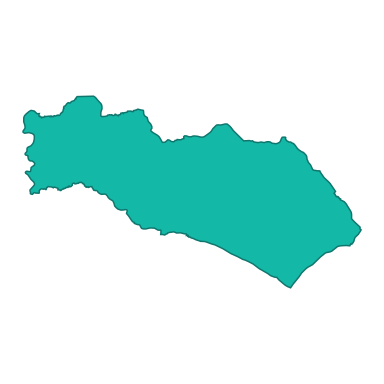 the district of Chom Phra, Surin, Thailand
{"feature_id": "78962969B42359071454830", "entity_name": "Chom Phra", "entity_type": "district", "adm_level": 2, "iso_a3": "THA", "parent_name": "Thailand", "parent_adm1": "Surin", "projection": "albers", "projection_center": [103.521, 15.133], "detail": "fine", "context": "isolated", "style": "filled", "palette": "teal", "viewbox_px": 384, "rotation_deg": 0, "n_neighbors": 0, "source": "geoboundaries", "source_scale": "gbopen_adm2", "svg_char_len": 5911}
<svg xmlns="http://www.w3.org/2000/svg" viewBox="0 0 384 384"><path d="M319.8,170.9L317.4,170.8L313.7,170.2L312.7,169.6L310.6,165.0L308.2,162.2L307.8,160.8L307.1,159.6L306.7,156.5L305.9,155.0L303.5,152.5L301.4,151.6L298.5,149.6L297.1,148.1L295.0,145.1L293.8,144.1L293.7,143.6L292.0,143.0L290.8,142.1L290.1,142.0L288.8,142.1L287.9,141.3L287.2,141.2L286.5,140.2L285.7,139.6L285.5,138.4L285.8,137.9L285.5,137.3L284.0,137.1L282.2,137.3L281.5,138.4L280.3,141.4L279.3,142.5L277.1,143.5L275.7,143.7L272.0,143.2L270.2,142.0L268.5,141.7L266.8,141.8L264.1,142.6L261.1,142.0L258.1,142.6L254.0,142.0L252.5,140.8L250.9,141.1L249.8,140.6L247.5,140.6L247.0,140.8L245.1,140.7L243.8,141.0L233.3,130.6L231.2,127.7L229.7,126.1L227.1,124.0L225.0,124.0L221.0,125.0L217.8,124.9L216.5,125.1L213.0,128.5L211.1,131.5L209.7,132.8L205.1,136.1L203.3,137.1L200.7,137.1L197.7,136.3L194.6,136.0L193.3,136.0L191.1,136.8L189.0,136.8L186.3,135.9L184.5,135.9L183.7,136.7L183.9,138.6L182.1,139.0L181.3,139.6L180.3,139.8L177.1,139.5L176.7,140.3L175.1,140.4L174.4,141.4L173.0,141.8L171.1,141.4L169.5,140.2L167.9,139.8L165.1,142.2L162.7,142.4L162.0,141.9L161.3,140.4L159.3,137.0L157.5,135.3L152.6,132.4L150.8,130.7L150.9,129.7L151.9,128.3L151.8,126.4L150.6,123.9L148.6,121.8L148.0,120.7L147.2,117.5L145.0,116.2L143.8,114.4L143.5,110.8L143.0,110.2L141.5,110.1L138.0,109.2L137.4,109.3L136.0,110.2L135.2,110.1L134.8,110.5L133.5,110.6L133.2,111.6L131.6,111.5L130.9,111.0L130.0,111.3L129.4,111.1L127.5,111.2L127.4,111.4L127.5,111.9L126.8,112.3L123.8,112.8L123.3,113.5L122.6,112.8L120.7,113.3L120.5,114.5L118.9,114.8L118.3,115.8L117.8,115.6L117.3,115.1L116.1,115.0L115.9,114.4L115.3,114.2L115.0,114.3L114.7,115.1L113.2,115.6L112.2,115.3L112.0,114.8L111.6,114.7L110.7,115.0L109.3,114.7L108.9,115.0L107.6,115.2L107.3,115.8L106.6,116.1L104.3,116.5L101.5,116.5L100.8,115.7L100.8,114.8L100.9,112.1L102.0,108.7L101.9,106.1L101.5,104.6L100.9,103.6L97.6,100.1L95.5,97.5L93.6,96.2L77.1,96.6L75.8,98.3L76.1,98.6L76.0,98.9L75.3,99.0L74.2,100.6L71.3,101.6L70.5,102.7L69.5,103.2L68.8,102.7L68.0,102.8L66.5,104.1L65.4,105.8L64.1,106.3L63.6,107.5L63.9,108.5L63.5,108.7L62.8,111.7L62.1,112.5L61.6,112.5L61.3,113.1L60.5,113.6L60.3,114.6L59.5,115.4L58.8,115.4L58.1,115.0L57.7,115.5L57.0,115.3L55.5,116.1L54.5,115.7L54.2,116.0L53.3,116.0L53.1,116.3L53.2,116.6L52.9,116.7L52.1,116.5L51.2,116.6L51.0,116.0L50.1,116.6L50.0,116.2L49.6,116.3L49.1,116.1L46.1,116.5L45.5,116.4L45.0,116.7L44.7,116.4L44.4,116.9L44.1,116.8L43.6,117.3L42.5,117.2L41.9,117.8L41.8,117.6L41.8,117.1L40.1,116.9L40.0,116.2L39.0,116.1L39.0,114.4L39.3,113.6L37.8,113.7L36.8,113.5L34.4,111.1L31.1,110.4L29.2,111.4L26.0,114.1L24.5,115.8L23.8,117.6L23.7,121.7L24.9,125.4L25.1,127.7L24.8,128.6L23.1,131.0L23.0,132.1L23.8,132.8L24.6,133.2L29.0,132.6L32.1,133.5L33.7,134.5L34.3,136.0L34.3,139.0L33.5,142.4L32.7,143.8L30.9,145.9L28.0,147.2L27.2,148.0L27.0,148.7L27.0,151.1L26.4,152.2L25.4,153.1L25.1,153.9L25.2,154.5L25.6,155.0L27.8,155.6L28.3,158.9L29.3,160.4L30.2,160.9L32.1,161.0L33.7,162.1L34.5,163.0L34.7,163.6L34.3,165.2L31.2,167.4L30.7,170.7L30.3,171.6L29.1,171.6L26.9,171.2L25.9,171.6L25.4,172.4L25.7,173.3L27.9,174.8L31.0,179.4L33.8,182.1L34.4,183.3L34.5,184.2L34.3,185.1L30.1,189.8L30.0,190.7L30.5,193.0L30.4,193.6L31.1,194.1L32.5,194.3L34.0,192.6L35.9,193.1L39.0,193.2L39.3,192.6L39.2,190.9L40.1,189.6L41.4,188.8L43.4,189.2L44.1,188.7L45.5,189.5L46.1,189.5L46.7,187.6L47.3,187.5L48.1,186.5L49.3,186.8L51.4,186.9L53.3,187.8L54.0,187.1L55.7,187.5L58.1,188.4L57.9,189.8L60.4,190.0L60.4,190.5L60.9,190.5L62.6,189.0L63.3,189.1L63.8,188.9L64.0,188.4L64.6,188.5L65.7,188.1L66.0,187.4L68.0,187.4L68.2,186.5L69.1,186.0L69.4,186.2L69.5,186.8L70.9,186.6L72.3,185.3L72.3,184.1L73.2,183.2L74.3,183.2L74.5,183.7L75.2,183.9L76.4,183.7L77.3,183.3L78.4,183.3L79.0,182.8L79.2,182.4L80.2,182.6L81.0,182.2L81.6,182.4L82.3,183.0L82.4,183.4L83.0,183.4L83.3,184.0L84.3,184.3L84.5,185.8L84.9,186.1L85.3,186.2L85.7,186.9L86.2,187.2L87.0,187.3L87.1,186.8L87.5,187.0L88.2,186.8L88.6,187.4L90.8,186.5L91.5,186.8L91.9,186.7L92.1,187.6L93.2,188.9L93.2,189.4L93.7,190.2L94.4,190.4L94.7,190.2L95.3,190.6L96.2,190.5L97.5,191.1L98.2,192.5L100.1,193.8L101.4,194.3L104.8,194.1L105.8,194.3L107.3,195.9L108.1,197.4L109.5,198.9L112.9,200.9L113.9,203.1L114.7,206.0L116.0,207.5L117.9,209.1L121.0,210.1L124.1,209.9L124.9,209.6L126.4,209.7L127.0,210.1L127.2,210.7L127.0,211.9L126.5,213.2L126.6,213.6L128.6,216.0L131.9,220.9L132.6,221.7L134.5,222.6L134.3,223.4L137.2,224.5L139.3,224.8L139.8,225.2L141.4,228.1L141.9,228.5L143.4,228.9L145.9,228.9L149.8,228.0L152.0,228.0L154.6,228.2L158.0,230.1L160.8,230.2L161.0,231.9L160.7,234.5L162.4,234.5L164.8,235.0L165.7,234.3L167.4,233.6L167.7,233.0L169.2,232.5L173.3,231.9L174.0,231.9L176.6,233.0L180.4,232.8L184.4,233.8L186.2,233.9L186.4,234.3L186.3,235.4L187.6,235.1L187.6,236.3L187.9,236.4L188.4,236.0L189.0,237.2L189.9,236.9L191.1,237.9L193.3,238.5L196.0,239.8L200.1,241.1L200.3,241.3L204.6,241.5L206.4,242.0L211.5,243.9L215.0,244.9L222.9,248.7L231.1,253.7L237.8,256.7L242.8,259.4L244.9,260.0L248.1,261.4L253.1,264.0L259.3,268.7L267.7,273.5L270.7,275.7L274.4,277.1L276.8,277.4L279.0,280.0L285.1,285.1L287.6,286.6L290.6,287.8L292.9,284.4L299.2,276.6L301.6,273.0L305.7,268.9L307.7,267.3L312.5,264.7L320.6,256.8L325.2,253.1L326.4,252.6L329.9,251.9L331.7,251.2L337.6,246.5L339.3,246.0L341.9,245.7L346.4,245.5L349.8,245.8L350.8,243.8L351.8,244.2L352.4,243.0L352.8,243.0L353.8,241.4L354.6,238.5L355.2,237.3L358.3,234.3L360.9,230.4L361.0,229.5L359.9,228.9L360.1,227.2L354.4,221.8L352.2,219.5L351.6,218.6L351.6,214.6L351.3,212.5L350.5,210.9L345.9,203.5L344.2,201.7L340.2,199.7L340.5,198.9L339.6,198.6L339.4,198.1L338.8,197.9L338.7,197.4L338.2,197.1L338.2,196.8L337.8,196.5L337.1,196.9L336.3,196.6L336.2,196.1L335.5,195.5L335.1,194.4L334.1,193.4L334.6,192.9L334.6,192.4L335.5,191.6L334.9,190.5L330.1,183.5L328.3,181.6L324.1,177.7L320.4,172.3L319.8,170.9Z" fill="#14b8a6" stroke="#0f766e" stroke-width="1.5"/></svg>